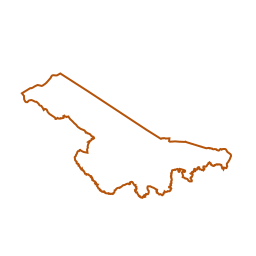 the district of Qibing, Mafeteng, Lesotho, rotated 145°
{"feature_id": "5366337B9328437172826", "entity_name": "Qibing", "entity_type": "district", "adm_level": 2, "iso_a3": "LSO", "parent_name": "Lesotho", "parent_adm1": "Mafeteng", "projection": "robinson", "projection_center": [27.156, -29.771], "detail": "fine", "context": "isolated", "style": "outline", "palette": "amber", "viewbox_px": 256, "rotation_deg": 145, "n_neighbors": 0, "source": "geoboundaries", "source_scale": "gbopen_adm2", "svg_char_len": 5731}
<svg xmlns="http://www.w3.org/2000/svg" viewBox="0 0 256 256"><g transform="rotate(145 128 128)"><path d="M195.0,217.3L194.8,214.0L196.6,211.1L196.9,209.5L196.9,208.2L196.6,207.6L195.6,206.9L193.8,207.3L193.0,207.2L191.2,206.4L190.4,205.4L188.9,202.7L187.9,201.9L187.3,198.9L187.5,197.8L187.2,196.9L186.3,195.8L186.4,194.3L186.3,193.6L186.7,191.1L185.1,191.3L184.6,190.7L184.2,189.9L184.1,189.0L184.6,187.4L184.3,184.6L182.0,178.8L181.9,177.9L182.2,177.0L181.7,176.7L181.3,177.0L180.2,176.3L179.9,176.5L179.3,175.4L178.7,175.1L178.4,174.7L177.8,174.4L177.5,174.6L177.0,174.1L175.1,173.3L174.8,173.3L174.4,173.8L174.2,174.8L173.2,174.7L173.3,174.0L172.3,173.0L172.2,172.3L170.3,171.7L170.3,168.3L169.7,165.8L169.2,162.4L168.7,160.7L168.5,157.7L167.3,154.5L165.2,151.3L164.9,149.5L165.3,148.6L165.2,148.3L164.6,148.2L164.1,147.0L164.2,146.8L163.4,146.1L163.3,145.6L162.7,144.8L162.5,142.5L162.2,141.7L161.7,141.1L161.8,140.1L161.4,139.9L161.6,139.1L161.9,139.0L162.7,139.0L163.2,139.6L163.8,139.4L163.9,139.6L164.3,139.4L164.4,139.6L164.8,139.2L165.9,139.0L166.4,139.3L166.9,139.1L167.3,139.4L168.7,139.4L168.1,138.4L170.0,137.5L171.7,136.0L172.0,135.1L173.9,133.8L175.4,131.0L178.1,133.8L179.5,136.3L179.7,137.5L180.2,137.7L181.4,137.2L182.3,137.7L183.4,137.3L184.7,136.2L185.7,136.0L186.8,135.0L188.2,134.8L188.7,134.1L189.8,131.8L189.4,129.8L190.2,128.9L189.9,128.1L190.0,127.7L189.4,127.4L189.3,127.0L189.8,126.1L189.5,125.7L190.1,125.3L189.7,124.6L190.0,122.3L189.7,122.1L189.4,121.4L189.9,121.1L190.0,120.9L189.6,120.5L189.2,120.7L189.6,119.7L189.0,119.2L188.9,118.6L189.2,118.0L188.9,117.5L189.4,115.1L188.4,114.2L188.3,113.9L188.6,113.5L187.3,113.0L186.7,110.8L185.8,109.7L185.8,109.4L186.5,109.0L185.9,108.0L186.0,107.6L186.4,107.8L186.6,107.5L186.5,107.0L186.2,106.7L186.3,106.2L186.8,106.2L187.1,106.0L187.0,105.4L186.7,105.1L186.1,103.6L185.8,103.3L185.8,102.5L185.6,102.0L185.9,101.7L186.7,101.7L186.7,101.2L185.8,101.1L186.0,100.6L186.3,100.7L186.6,100.4L185.7,99.9L185.7,99.2L185.3,98.9L186.7,98.2L186.6,97.4L186.9,95.4L186.2,94.7L186.7,93.4L186.1,93.0L186.5,92.3L185.8,91.2L185.8,90.6L185.5,90.4L185.2,90.5L183.9,89.8L183.9,89.5L184.3,89.1L183.7,88.4L183.9,87.9L183.7,87.5L182.4,86.2L181.4,85.8L181.5,85.0L181.3,84.8L180.5,84.7L180.2,84.0L179.3,83.7L178.9,83.0L177.7,82.6L177.4,82.7L177.4,83.1L176.1,83.2L175.4,83.7L174.7,84.6L173.7,84.3L172.8,84.8L171.2,84.9L169.4,84.2L169.2,83.7L168.4,83.9L167.2,83.7L164.9,83.9L163.1,83.2L161.9,83.1L160.4,82.7L159.9,82.4L159.4,81.3L158.9,81.0L158.5,81.0L158.1,81.3L158.1,82.0L157.9,82.2L157.1,82.3L156.0,81.9L155.4,81.1L155.6,77.8L155.3,77.3L154.6,77.0L155.3,76.1L154.9,74.9L155.9,74.4L155.6,73.6L156.2,73.0L157.1,72.5L157.9,73.1L158.4,72.1L158.3,71.4L158.4,70.6L157.5,70.0L157.8,69.6L157.7,69.3L158.0,67.9L157.8,66.5L158.1,66.2L158.1,65.9L157.2,65.0L157.3,64.6L157.6,64.4L157.2,63.6L156.2,62.6L155.5,63.2L154.5,63.2L154.3,62.2L153.3,61.8L153.0,62.5L153.4,63.6L153.1,63.7L152.6,63.2L151.9,62.9L151.6,63.0L151.0,63.6L149.7,62.4L149.2,62.5L148.1,63.2L147.1,64.6L147.2,66.1L146.5,67.8L145.4,68.8L144.9,68.6L143.8,67.9L143.0,67.2L142.7,66.3L141.3,64.3L140.5,62.4L140.4,61.6L140.1,61.6L139.7,61.1L139.6,60.6L140.9,59.8L140.7,59.3L141.5,58.6L141.3,58.3L141.2,57.7L140.8,57.4L140.6,56.6L140.6,55.7L140.0,55.3L139.2,55.1L138.6,53.3L137.2,53.3L136.4,54.2L135.8,54.5L135.3,54.1L134.5,54.9L134.4,54.3L133.8,54.2L132.8,53.4L131.6,53.5L130.9,52.7L130.2,52.4L129.0,52.5L128.5,53.2L128.2,53.1L127.8,53.4L127.3,53.5L127.2,54.2L127.5,54.9L128.4,55.8L128.2,56.2L127.8,56.3L126.6,55.9L125.5,56.4L125.4,56.8L125.8,57.1L125.6,57.6L125.2,57.9L124.2,57.8L123.7,58.4L123.7,59.1L123.2,59.2L122.7,60.0L122.0,60.2L121.4,61.2L121.5,61.7L121.0,62.2L121.0,62.9L120.6,63.8L119.9,63.9L119.8,64.7L118.6,65.4L118.6,66.2L117.8,66.3L116.4,67.8L115.9,68.0L114.3,67.2L113.8,67.2L113.4,66.6L113.1,66.7L111.0,66.1L110.8,65.6L111.6,63.2L111.4,62.7L110.8,62.7L110.0,63.2L109.8,64.9L109.2,65.0L107.1,62.5L105.8,60.7L105.7,60.3L106.0,59.8L106.7,59.5L107.3,59.8L107.7,60.5L108.2,60.9L108.6,60.9L109.3,60.6L110.1,57.7L111.4,56.4L110.2,54.7L110.1,53.8L109.5,53.4L108.6,52.1L108.7,50.1L108.0,48.7L106.9,48.2L106.5,47.8L105.9,48.2L105.5,50.0L105.7,50.8L105.5,51.2L104.5,51.6L103.8,51.3L103.4,51.5L102.7,52.1L102.1,52.3L101.5,53.2L101.5,53.7L102.6,54.3L102.7,54.8L101.4,54.6L101.1,55.1L100.7,55.2L99.8,54.5L98.6,55.4L98.3,55.4L98.0,54.2L97.7,54.1L97.4,54.4L97.7,55.4L97.7,56.0L97.4,56.4L97.1,56.4L96.8,56.3L96.0,54.7L95.6,54.4L95.1,54.4L94.1,55.4L92.9,55.6L92.4,55.3L92.2,54.9L93.1,54.0L93.1,53.2L92.3,52.7L91.7,51.3L91.1,51.2L90.6,50.0L88.9,50.6L89.1,51.4L89.0,52.3L88.7,52.8L88.2,53.2L87.2,52.6L87.1,52.2L86.5,51.7L85.1,51.8L84.1,52.4L83.0,52.5L82.4,53.1L80.9,53.1L80.9,52.6L80.5,51.6L81.0,51.4L81.1,51.0L80.9,49.6L80.4,49.3L80.0,48.0L79.2,47.6L78.4,48.0L77.5,47.4L76.7,47.6L75.9,47.3L75.5,46.9L75.4,46.4L74.7,46.3L74.3,46.1L74.0,45.6L73.6,45.5L73.1,44.2L72.8,44.1L73.6,42.0L73.2,41.3L73.9,40.8L73.4,40.1L73.5,39.4L72.8,39.8L72.2,40.6L71.0,39.5L70.8,38.9L70.4,38.7L68.6,39.8L68.2,41.1L67.4,42.1L65.2,42.8L62.8,43.9L59.6,46.0L59.2,46.7L59.1,47.8L60.3,51.3L60.1,54.3L60.6,55.2L62.3,56.4L63.8,56.6L64.0,57.6L64.7,57.8L66.3,57.4L66.8,57.6L67.9,59.1L67.9,59.9L68.4,60.3L69.0,61.0L69.9,61.4L70.5,61.8L71.0,62.5L71.0,63.1L71.8,63.7L72.4,64.6L72.9,64.6L73.3,65.4L75.5,66.5L88.6,83.3L88.7,83.8L89.4,84.0L94.3,87.7L96.9,89.9L101.5,92.7L101.9,93.6L100.0,95.8L103.3,97.8L103.5,98.3L104.5,99.2L105.1,99.3L105.9,100.1L106.6,100.0L107.3,100.3L114.0,116.2L139.7,181.0L152.2,211.5L155.8,211.8L156.8,212.3L158.9,214.1L160.0,214.5L161.3,214.2L162.6,213.4L168.7,211.9L170.3,211.7L173.1,211.7L174.5,211.9L177.3,215.0L178.0,215.2L180.4,215.6L182.9,215.7L184.5,216.1L185.2,216.7L195.0,217.3Z" fill="none" stroke="#b45309" stroke-width="2"/></g></svg>